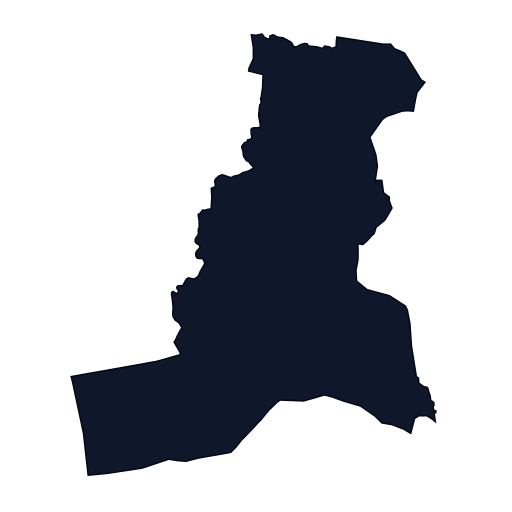 the district of Dan Musa, Katsina, Nigeria, rotated 271°
{"feature_id": "59680162B93375949891062", "entity_name": "Dan Musa", "entity_type": "district", "adm_level": 2, "iso_a3": "NGA", "parent_name": "Nigeria", "parent_adm1": "Katsina", "projection": "albers", "projection_center": [7.324, 12.26], "detail": "fine", "context": "isolated", "style": "filled", "palette": "ink", "viewbox_px": 512, "rotation_deg": 271, "n_neighbors": 0, "source": "geoboundaries", "source_scale": "gbopen_adm2", "svg_char_len": 3388}
<svg xmlns="http://www.w3.org/2000/svg" viewBox="0 0 512 512"><g transform="rotate(271 256 256)"><path d="M461.4,401.0L463.7,396.0L465.6,390.9L470.2,386.9L470.0,379.5L473.6,353.4L476.4,333.0L472.6,332.6L466.7,332.5L464.9,328.5L466.5,325.4L467.1,321.0L464.7,318.9L466.2,313.2L466.9,304.5L468.9,303.8L469.4,300.9L468.1,296.8L466.1,293.4L465.8,290.2L470.2,287.7L472.5,283.5L474.7,279.1L475.2,273.9L477.5,269.3L476.2,266.0L473.7,266.2L473.2,264.2L474.8,260.6L478.1,258.2L476.7,252.2L477.1,247.5L464.3,249.7L453.1,249.9L443.9,245.8L440.8,245.4L437.5,259.9L424.1,259.6L415.0,258.4L412.9,257.8L411.2,258.4L408.4,258.2L407.3,257.2L404.2,256.7L403.2,256.6L402.4,256.6L401.2,256.6L398.7,256.3L395.6,256.3L392.4,257.0L387.5,257.9L384.9,258.0L384.2,255.2L384.2,252.1L383.7,249.9L382.5,248.8L378.6,249.0L373.7,249.8L372.2,247.2L372.1,245.7L369.8,244.7L369.1,242.4L366.8,240.8L365.8,240.0L363.9,239.9L360.8,241.1L357.1,241.5L355.0,242.1L351.1,244.8L350.1,247.2L347.3,249.3L344.6,252.3L342.5,249.9L341.0,247.3L339.9,244.1L339.3,241.6L336.7,237.6L336.0,235.0L335.6,233.4L335.4,232.2L334.5,231.1L334.1,229.1L334.6,227.1L335.2,225.7L336.7,220.8L335.3,217.4L332.3,214.2L330.1,213.3L327.2,214.0L324.6,214.1L322.9,210.1L314.4,210.8L302.7,210.3L302.0,208.8L301.9,207.2L301.1,204.9L300.8,203.3L301.0,201.6L299.8,201.0L297.8,199.5L296.6,197.5L294.3,197.7L292.3,198.2L290.5,198.4L289.2,198.6L287.7,198.5L286.0,198.7L283.9,198.6L282.8,198.5L281.9,197.8L280.6,198.0L279.4,197.8L277.7,198.1L275.3,197.2L273.1,195.6L271.3,194.9L269.0,195.0L267.5,196.3L266.3,198.7L264.7,199.9L262.6,199.2L261.4,198.0L259.6,196.4L257.4,195.7L256.0,195.7L254.2,196.2L252.7,197.5L252.5,199.6L252.5,201.9L251.8,203.3L249.8,204.2L247.4,204.9L244.1,203.0L239.5,200.5L235.0,198.7L232.9,196.2L231.9,194.1L233.0,188.7L231.6,186.7L225.5,183.5L224.9,182.0L225.0,180.0L224.5,177.9L223.0,177.3L221.7,177.7L220.5,178.9L219.3,179.0L218.0,178.7L217.2,177.5L217.8,175.8L219.1,173.9L218.2,172.3L216.0,172.2L211.8,173.0L203.4,174.0L196.2,173.8L193.8,174.2L190.3,176.5L188.1,179.8L186.1,181.4L181.9,183.6L181.5,182.1L174.9,178.8L172.0,177.6L168.3,175.7L159.7,180.9L157.5,182.0L155.6,181.3L155.4,179.9L148.9,158.5L132.2,73.3L126.7,74.8L75.8,86.6L33.9,92.0L34.8,100.1L36.1,111.4L42.0,146.0L51.3,172.3L50.0,181.6L49.5,189.5L53.0,202.0L59.2,234.1L64.6,239.3L71.7,244.7L83.0,255.4L88.4,260.1L92.0,263.3L91.8,263.4L102.2,271.6L110.4,279.9L112.4,282.7L111.9,306.2L118.3,327.0L116.5,334.3L112.5,346.1L107.8,363.1L98.0,377.8L91.3,384.8L89.7,395.2L89.0,397.0L87.4,401.4L85.5,406.7L83.1,410.7L81.4,413.8L96.3,417.4L99.2,421.8L99.1,425.6L99.4,429.1L96.9,433.7L93.5,438.2L99.2,437.3L101.7,436.6L102.3,438.3L104.1,438.7L105.1,436.3L108.2,435.8L109.9,436.5L112.5,436.4L113.6,435.1L114.4,433.3L119.5,432.5L122.8,431.2L126.8,430.1L127.9,429.0L128.2,426.1L130.2,423.3L131.7,421.0L134.6,420.8L136.8,420.5L137.4,419.6L138.3,418.4L141.8,417.8L168.7,413.0L191.0,411.1L204.4,408.3L208.5,406.3L218.6,390.1L224.3,367.6L232.7,357.0L243.3,356.2L253.9,358.0L261.0,358.0L269.0,357.7L269.9,358.8L269.4,362.7L272.8,366.5L278.4,371.4L280.5,373.7L286.8,375.6L294.1,384.2L300.3,387.8L306.3,391.1L313.4,388.3L317.2,388.2L321.5,382.4L333.8,380.5L333.7,373.9L348.1,375.8L359.2,374.1L376.8,367.7L394.9,380.1L397.9,384.2L403.4,399.3L403.9,404.9L403.6,410.8L413.5,412.4L416.0,412.8L422.5,414.2L432.7,421.9L434.9,418.1L461.4,401.0Z" fill="#0f172a" stroke="#020617" stroke-width="1.5"/></g></svg>